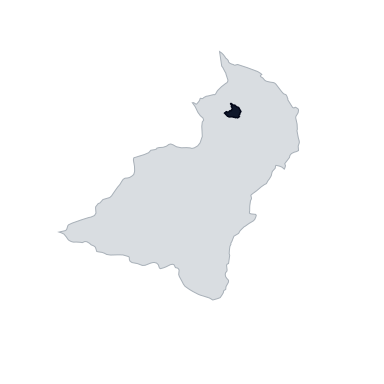 Boganangone, Lobaye, Central African Republic shown in context, rotated 148°
{"feature_id": "33826404B50242901211322", "entity_name": "Boganangone", "entity_type": "district", "adm_level": 2, "iso_a3": "CAF", "parent_name": "Central African Republic", "parent_adm1": "Lobaye", "projection": "natural_earth1", "projection_center": [17.185, 4.689], "detail": "fine", "context": "in_parent", "style": "filled", "palette": "ink", "viewbox_px": 384, "rotation_deg": 148, "n_neighbors": 0, "source": "geoboundaries", "source_scale": "gbopen_adm2", "svg_char_len": 5164}
<svg xmlns="http://www.w3.org/2000/svg" viewBox="0 0 384 384"><g transform="rotate(148 192 192)"><path d="M256.3,142.8L259.4,143.7L259.9,144.8L259.1,148.3L259.7,150.5L261.4,152.3L263.1,153.1L264.8,153.6L270.6,154.7L273.0,156.0L276.2,160.2L280.2,163.9L281.2,165.9L281.0,167.7L279.8,169.9L280.0,170.8L281.9,173.0L284.0,175.3L287.8,177.8L294.5,181.7L297.5,184.3L298.6,186.3L300.3,188.5L302.7,190.5L304.3,192.0L303.2,196.3L303.6,197.7L304.2,198.9L305.5,200.6L306.1,202.8L307.5,205.5L309.1,206.8L311.9,207.2L313.3,208.5L316.4,210.7L319.3,212.5L320.5,213.8L321.3,215.0L322.0,216.3L322.3,217.7L322.4,220.6L322.9,224.2L324.5,226.7L326.0,228.5L320.0,226.4L319.1,226.4L318.1,226.7L315.0,229.3L314.0,229.6L310.0,229.1L300.6,227.0L293.2,225.1L291.1,224.3L287.2,223.7L284.6,225.0L282.2,229.6L281.5,230.5L277.7,231.9L275.9,231.5L271.5,232.8L264.7,230.9L262.3,231.3L260.4,232.2L255.5,234.3L252.6,235.5L249.1,236.6L245.8,238.3L243.7,239.2L241.5,239.2L239.6,238.2L237.4,237.4L234.9,237.3L232.2,237.7L230.0,239.6L229.1,240.9L227.1,244.4L224.8,250.1L223.9,251.2L223.1,251.8L212.5,249.0L207.9,248.3L204.8,249.2L201.0,247.6L199.3,247.3L198.5,247.8L196.3,247.1L192.8,245.2L189.4,244.4L186.4,244.6L184.6,244.0L183.1,242.1L181.2,238.6L177.7,235.2L173.1,232.5L170.2,230.4L169.0,229.0L166.6,228.2L162.7,228.1L159.1,229.4L153.8,233.7L148.9,242.5L146.2,245.9L144.0,246.8L143.5,248.9L144.5,252.3L144.8,256.2L144.1,262.7L144.4,267.5L143.2,266.8L142.1,264.5L141.5,264.1L138.3,265.1L136.6,266.0L135.7,266.9L135.1,267.0L134.0,265.8L133.2,265.6L132.0,265.8L130.7,265.8L129.8,265.6L129.3,265.7L127.7,265.0L122.2,263.2L121.2,262.5L120.1,262.6L117.2,264.2L115.7,264.7L111.1,265.7L106.2,266.2L104.3,266.2L103.0,266.9L102.2,267.9L100.7,274.0L100.3,275.0L100.3,276.6L99.9,281.5L100.1,283.0L94.2,296.5L93.2,294.2L92.6,291.6L92.4,288.6L92.5,287.8L92.1,286.9L91.6,284.4L92.1,282.8L91.7,281.2L90.6,279.5L89.5,278.3L88.9,277.2L88.4,276.7L87.3,276.5L85.7,275.9L79.2,268.1L72.4,259.2L71.0,256.3L70.5,254.7L72.1,254.5L72.5,254.2L72.6,253.4L71.5,251.1L71.1,248.2L70.2,246.5L67.5,243.8L65.0,241.7L64.2,240.6L63.7,239.1L62.8,229.6L62.3,226.8L61.5,225.7L61.0,225.1L60.7,224.4L60.8,222.7L61.2,221.2L61.2,220.6L61.9,219.3L61.9,210.4L61.0,209.2L59.5,209.2L58.7,207.9L58.0,206.3L58.2,205.1L59.7,203.3L60.7,202.6L63.6,201.2L64.4,200.5L64.9,199.6L65.3,198.4L66.9,193.9L69.4,189.4L70.5,188.4L73.1,181.7L73.6,180.0L74.1,178.3L74.9,176.9L77.6,174.7L79.7,170.7L82.0,170.9L84.3,171.6L87.3,171.9L89.6,171.1L91.1,169.6L98.3,166.9L98.8,164.8L99.9,163.7L101.2,162.7L101.7,162.5L101.8,163.2L102.6,165.5L104.2,167.7L106.6,170.1L107.3,169.9L108.8,168.1L112.6,167.0L113.5,166.5L116.2,163.8L119.4,162.1L121.2,161.5L124.5,159.7L126.8,159.9L130.5,159.7L136.6,158.8L141.1,158.5L143.3,158.2L143.9,157.9L144.8,155.3L145.4,154.6L147.1,153.5L150.4,149.6L152.5,146.4L153.2,145.2L153.6,145.0L154.5,143.6L153.6,142.2L149.9,139.3L150.0,138.9L149.8,138.4L150.0,138.0L151.4,136.8L153.3,135.5L155.3,135.0L160.5,135.1L165.0,134.8L166.1,134.9L169.5,134.2L171.9,133.6L174.4,132.2L179.9,132.3L184.6,128.8L185.9,128.2L186.5,127.6L186.6,127.1L188.8,125.7L191.2,122.7L193.1,120.1L193.6,118.3L198.9,112.0L200.7,112.2L201.6,111.4L203.6,107.2L204.3,106.4L206.4,105.7L207.5,104.5L208.3,102.6L208.3,100.4L207.9,98.5L207.9,97.6L208.4,96.8L209.2,96.0L213.2,93.8L214.2,92.7L214.8,91.7L215.9,91.5L217.1,91.6L217.9,91.0L218.8,90.0L221.5,88.6L224.1,87.5L226.7,88.0L231.6,89.4L233.1,92.4L233.8,93.4L239.8,100.4L241.0,102.1L244.0,107.2L245.8,110.7L247.9,115.7L248.1,118.4L247.9,120.7L247.5,127.2L247.0,129.1L244.3,132.6L244.2,134.2L244.8,135.5L245.6,136.1L246.1,136.7L245.8,139.8L246.7,141.0L248.7,141.8L253.7,142.3L256.3,142.8Z" fill="#d9dde1" stroke="#a8b0b8" stroke-width="1"/><path d="M122.6,241.7L122.4,241.1L122.3,240.2L122.0,238.9L121.7,237.4L121.2,237.1L121.1,236.5L120.7,236.0L119.9,235.5L119.3,235.3L117.7,234.3L117.4,234.2L117.4,233.9L117.4,233.6L117.1,233.4L116.4,233.1L116.3,232.9L116.1,232.7L116.1,232.4L115.9,232.1L115.7,232.0L115.4,231.8L114.9,231.7L114.7,231.6L114.3,231.1L114.2,230.9L114.0,230.7L113.9,230.7L113.6,230.7L113.3,230.7L113.2,230.7L112.9,230.8L112.6,230.9L112.4,230.8L112.0,230.8L112.1,231.3L112.0,231.9L111.5,232.2L110.8,232.3L110.5,232.4L110.3,232.9L110.0,233.2L109.7,233.3L109.4,233.5L108.8,233.9L108.3,234.1L107.9,234.3L107.8,235.1L107.8,235.6L107.8,236.1L107.8,237.2L107.6,238.3L107.9,238.9L108.0,239.5L108.4,239.8L108.9,240.5L109.5,242.1L109.8,242.4L109.7,243.0L110.1,243.2L110.6,243.5L111.1,244.1L111.5,245.3L111.7,245.9L111.9,246.3L112.3,246.5L112.5,246.4L112.6,246.2L112.5,245.5L112.4,245.3L112.3,245.0L112.3,244.7L112.5,244.6L112.6,244.3L112.9,244.1L113.1,243.9L113.3,243.7L113.4,243.3L113.3,243.1L113.4,242.9L113.3,242.6L113.3,242.3L113.3,242.0L113.4,241.9L113.6,241.6L113.7,241.3L114.0,241.1L114.4,240.9L114.9,240.6L115.1,240.6L115.3,240.6L115.5,240.5L115.7,240.3L115.9,240.3L116.2,240.3L116.3,240.4L116.5,240.6L116.9,240.8L117.2,240.8L117.6,240.7L117.8,240.6L118.1,240.5L118.6,240.5L119.0,240.5L119.4,240.6L119.6,240.8L119.7,241.2L119.9,241.5L120.1,241.8L120.3,241.9L120.6,241.9L121.0,241.9L121.4,241.6L121.5,241.4L121.8,241.5L122.0,241.7L122.3,241.8L122.6,241.7Z" fill="#0f172a" stroke="#020617" stroke-width="1.5"/></g></svg>